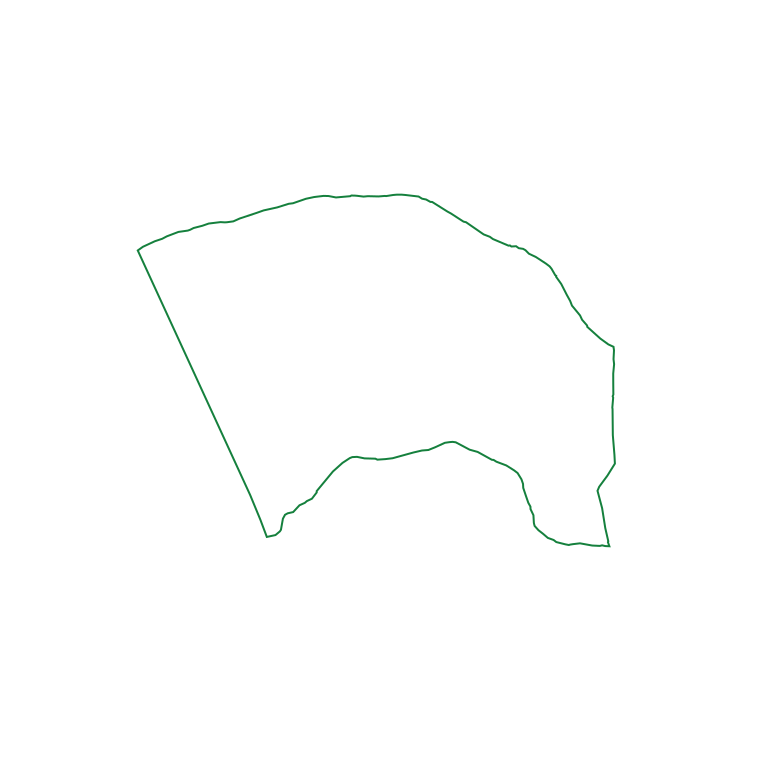 Cuilco, Huehuetenango, Guatemala (Albers equal-area conic projection), rotated 306°
{"feature_id": "79465075B28423402187553", "entity_name": "Cuilco", "entity_type": "district", "adm_level": 2, "iso_a3": "GTM", "parent_name": "Guatemala", "parent_adm1": "Huehuetenango", "projection": "albers", "projection_center": [-91.949, 15.456], "detail": "fine", "context": "isolated", "style": "outline", "palette": "green", "viewbox_px": 768, "rotation_deg": 306, "n_neighbors": 0, "source": "geoboundaries", "source_scale": "gbopen_adm2", "svg_char_len": 2206}
<svg xmlns="http://www.w3.org/2000/svg" viewBox="0 0 768 768"><g transform="rotate(306 384 384)"><path d="M549.0,547.8L547.9,542.2L547.9,532.3L549.7,514.9L550.7,513.9L552.4,506.5L554.7,502.3L557.9,490.0L560.6,485.8L563.6,479.4L569.1,468.6L571.9,460.2L572.7,459.8L572.7,458.5L575.7,451.8L576.5,448.9L576.6,444.2L576.0,432.2L574.6,424.7L575.4,419.8L575.1,417.1L573.1,413.2L573.1,409.9L570.1,406.2L570.1,404.4L569.1,403.4L565.3,386.9L565.3,383.1L563.6,376.7L563.1,355.3L562.1,352.9L561.8,347.4L561.3,337.9L560.8,334.0L559.6,316.0L558.6,314.5L558.0,309.6L556.3,305.9L556.0,301.8L549.6,290.4L548.7,288.9L547.5,286.9L544.8,283.2L542.3,280.3L541.4,279.4L537.3,275.3L536.6,274.1L532.5,269.3L526.5,260.6L523.6,257.3L520.6,251.9L519.6,250.2L517.3,246.8L516.1,246.3L506.7,235.5L503.5,228.7L500.7,224.6L495.9,219.4L494.1,217.5L488.0,212.0L476.7,204.1L473.8,201.0L464.1,193.8L453.7,184.6L447.6,180.4L433.1,170.0L427.0,166.5L422.4,161.7L421.0,159.9L418.9,156.6L410.8,147.9L405.2,144.0L398.3,138.3L394.8,136.5L392.8,135.1L386.2,128.3L375.8,121.5L371.1,119.2L364.8,114.7L353.3,108.3L347.3,106.3L215.5,341.0L201.5,363.8L191.4,379.1L198.0,385.0L203.6,386.4L205.5,386.3L215.6,381.4L220.0,380.8L222.8,382.1L227.0,385.8L236.2,386.9L241.3,389.8L243.9,390.4L248.8,393.1L256.7,393.3L257.8,392.5L283.2,394.1L295.8,396.8L304.0,399.9L306.2,401.3L309.2,405.0L312.4,412.0L318.5,420.9L318.9,423.1L324.0,429.2L329.0,434.6L345.8,448.0L352.5,453.8L356.7,458.7L362.6,462.4L372.2,467.8L375.5,471.2L377.5,473.5L379.0,476.3L381.2,491.9L384.1,499.7L386.1,515.8L387.0,517.3L387.2,520.6L390.0,530.8L390.6,539.9L390.5,544.4L387.7,551.2L384.9,555.2L381.8,557.7L377.1,564.3L372.7,570.6L370.9,574.5L368.9,576.1L365.7,582.0L359.7,586.9L359.0,587.7L357.7,589.3L356.5,594.9L356.3,600.6L355.8,607.0L357.5,612.9L357.4,616.3L360.9,625.0L362.4,628.2L363.5,629.0L365.5,631.0L370.3,636.2L375.7,647.4L379.9,653.8L381.7,655.3L382.9,658.2L385.2,661.7L387.7,658.1L388.6,657.9L397.5,647.7L411.7,633.5L423.1,619.5L427.4,618.5L441.2,618.6L455.3,617.6L462.1,612.1L477.1,599.2L498.1,583.6L499.1,582.6L507.7,577.4L508.5,576.2L510.2,575.8L519.4,569.0L527.2,563.3L535.3,558.5L539.0,555.1L546.4,550.3L549.0,547.8Z" fill="none" stroke="#15803d" stroke-width="2"/></g></svg>